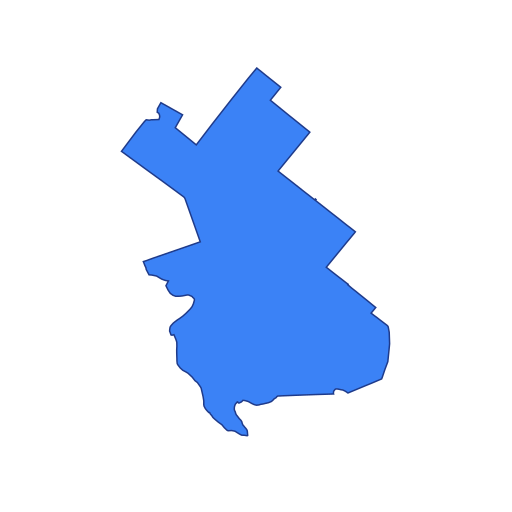 outline of Ulmu, Calarasi, Romania, rotated 296°
{"feature_id": "2599482B65281916384420", "entity_name": "Ulmu", "entity_type": "district", "adm_level": 2, "iso_a3": "ROU", "parent_name": "Romania", "parent_adm1": "Calarasi", "projection": "orthographic", "projection_center": [26.899, 44.303], "detail": "fine", "context": "isolated", "style": "filled", "palette": "blue", "viewbox_px": 512, "rotation_deg": 296, "n_neighbors": 0, "source": "geoboundaries", "source_scale": "gbopen_adm2", "svg_char_len": 4850}
<svg xmlns="http://www.w3.org/2000/svg" viewBox="0 0 512 512"><g transform="rotate(296 256 256)"><path d="M425.3,174.3L412.6,171.2L386.0,165.3L355.0,158.7L329.7,153.6L335.9,127.2L350.7,128.1L352.1,103.3L345.1,102.9L341.9,104.2L341.7,106.0L341.3,106.4L340.7,107.2L339.4,108.2L338.0,108.7L336.1,108.9L333.1,103.3L332.7,102.4L331.3,100.6L330.3,97.6L328.1,96.8L315.0,93.8L291.1,89.2L286.2,116.4L281.4,143.6L277.5,164.9L277.1,166.1L276.3,167.2L244.3,199.7L209.2,164.7L203.1,158.8L201.6,157.2L200.8,158.1L198.8,160.2L197.2,162.2L195.8,163.2L192.2,168.1L193.2,170.7L194.4,175.4L193.9,181.2L194.1,183.6L194.4,185.7L195.2,188.2L189.8,188.1L188.4,189.9L187.0,191.7L186.8,192.0L184.8,195.4L184.6,196.9L184.3,198.5L184.4,199.5L184.6,201.5L186.4,205.0L187.7,207.1L189.4,209.4L190.8,211.2L191.4,212.5L191.5,214.2L191.6,215.8L191.5,216.5L191.1,217.2L190.7,218.7L190.2,219.5L189.3,220.0L187.1,220.4L185.4,220.7L183.9,220.7L182.7,220.8L181.7,220.6L179.4,220.1L177.3,219.4L173.5,218.1L169.7,216.5L166.3,214.7L164.0,213.3L161.2,211.9L160.3,211.5L159.5,211.1L156.4,210.2L155.2,210.0L154.3,210.0L152.0,210.7L151.3,211.0L150.6,211.3L149.7,212.3L148.0,214.0L147.8,214.2L147.8,214.5L148.0,215.0L148.2,215.5L149.3,216.7L145.9,220.6L143.8,222.6L140.1,224.5L136.8,225.9L134.0,227.3L129.1,229.9L127.1,230.9L124.7,232.4L123.9,233.5L123.0,235.3L122.1,237.1L121.2,240.3L121.1,243.3L120.9,246.0L119.2,251.7L117.2,255.8L116.6,258.8L114.0,263.5L113.1,264.7L106.4,270.1L103.0,272.5L101.2,273.4L99.7,274.1L98.3,275.1L96.6,277.4L95.8,279.1L95.1,280.8L94.6,282.3L94.8,282.6L95.0,282.8L94.9,283.1L94.4,283.6L94.0,284.2L93.6,285.1L93.2,286.1L92.0,288.1L91.4,290.0L90.2,294.7L89.4,299.3L87.8,302.8L87.1,305.0L86.7,306.3L86.7,307.5L88.4,310.5L88.9,312.3L89.2,313.5L89.3,314.1L89.1,315.7L88.8,318.7L88.7,320.2L88.7,321.6L88.9,322.2L89.2,322.8L89.8,324.2L90.1,325.2L90.3,325.9L90.4,326.3L90.7,326.9L90.8,327.1L91.0,327.2L91.4,327.0L91.9,326.7L92.7,326.2L93.9,325.5L94.2,325.3L94.7,325.0L95.3,324.5L95.5,324.3L95.8,323.9L96.1,323.4L96.7,322.2L97.0,321.4L97.6,320.1L98.1,319.1L98.3,318.5L98.5,318.1L98.7,317.9L99.0,317.6L99.4,317.1L100.0,316.6L100.9,315.8L101.1,315.5L101.2,315.3L101.3,315.1L101.5,314.8L101.7,314.5L101.9,313.9L102.1,313.4L102.4,312.5L102.5,312.2L102.9,311.5L103.3,310.7L104.2,308.9L104.5,308.2L104.7,307.8L105.0,307.5L105.2,307.2L105.5,306.9L105.7,306.6L106.0,306.4L106.5,306.0L106.8,305.7L107.4,304.9L107.9,304.4L108.1,304.1L108.4,303.9L108.6,303.8L108.7,303.7L109.0,303.6L109.5,303.3L110.0,303.1L110.3,303.0L110.5,302.9L110.8,302.8L111.8,302.6L112.2,302.5L112.8,302.5L113.3,302.4L113.6,302.4L113.8,302.4L114.2,302.5L114.6,302.6L115.3,302.8L115.8,302.9L116.1,303.0L116.3,303.0L116.6,303.1L116.8,303.3L116.8,303.6L116.7,303.7L116.6,304.0L116.4,304.2L116.3,304.5L116.3,304.8L116.3,305.0L116.6,305.4L116.9,305.7L117.6,306.1L118.0,306.4L118.2,306.7L118.6,306.9L118.9,307.0L119.4,307.2L119.8,307.3L120.2,307.4L120.4,307.4L120.5,307.5L120.9,308.4L121.3,309.8L121.6,311.5L121.7,311.9L121.8,313.0L121.8,314.0L121.7,315.2L121.6,316.4L121.6,317.7L121.6,318.1L121.6,318.9L121.7,319.6L121.8,320.5L122.0,321.2L122.1,321.8L122.4,322.3L122.6,322.6L123.1,323.4L123.6,324.1L124.4,324.9L124.8,325.3L125.2,325.9L125.8,326.8L126.5,327.7L127.7,329.1L128.2,329.8L128.8,330.5L129.6,331.5L130.7,332.5L131.3,333.0L131.7,333.4L132.0,333.6L132.3,333.8L132.9,334.0L133.6,334.3L134.1,334.5L134.6,334.7L135.0,334.7L135.2,334.8L135.5,334.9L136.1,335.3L136.6,335.5L137.0,335.9L137.4,336.1L137.8,336.2L138.0,336.3L138.5,336.3L138.8,336.4L139.1,336.6L139.4,336.8L139.8,337.1L140.3,338.1L141.8,340.8L148.1,352.5L157.4,369.9L166.0,386.2L166.3,385.9L167.4,385.4L168.1,385.2L168.7,385.1L169.7,385.3L170.5,385.5L171.1,385.7L171.3,385.9L171.5,386.2L171.7,386.5L172.0,387.0L172.2,387.7L172.4,388.2L172.6,389.0L172.7,389.5L172.9,390.2L173.0,390.9L173.5,392.3L173.6,392.9L173.6,393.5L173.6,394.0L173.7,394.3L173.6,395.0L173.6,395.3L173.6,395.9L173.5,396.3L173.5,397.0L173.2,398.1L173.2,398.7L187.5,411.3L192.4,415.7L200.6,422.8L202.1,422.7L209.7,421.7L210.5,421.6L218.8,420.8L229.7,416.8L235.6,414.6L245.8,409.2L248.1,407.5L250.1,406.0L250.5,405.6L250.9,404.9L251.2,403.9L252.0,399.9L252.6,396.9L253.0,394.9L253.8,391.2L254.2,388.8L255.1,384.5L262.2,386.2L263.3,381.3L264.1,378.1L265.6,371.6L267.0,365.4L268.0,361.2L269.0,356.5L269.8,353.4L270.3,351.6L270.4,351.1L271.0,351.2L271.3,349.5L272.8,342.5L273.3,339.9L274.0,336.6L274.9,332.3L275.6,329.1L276.7,324.1L307.1,331.3L319.8,334.4L321.3,334.7L322.7,328.3L323.5,324.3L324.6,319.3L325.3,316.2L327.8,304.5L328.4,301.7L332.0,285.1L333.0,285.3L333.3,284.3L332.2,284.0L333.9,276.2L334.5,273.2L335.4,269.0L336.5,264.1L340.1,247.3L341.3,241.7L342.0,238.6L343.0,238.8L357.8,242.3L378.1,247.1L390.9,250.1L396.1,227.4L396.7,224.6L402.3,200.6L411.9,202.8L418.5,204.3L422.9,184.7L423.9,180.5L424.8,176.3L425.3,174.3Z" fill="#3b82f6" stroke="#1e3a8a" stroke-width="1.5"/></g></svg>